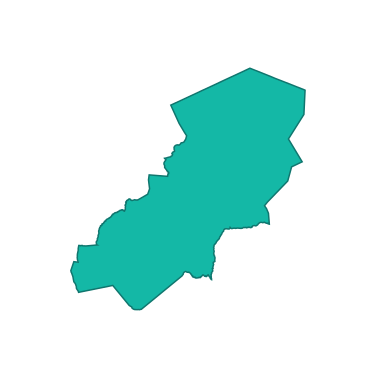 Rinconada, Jujuy, Argentina, rotated 155°
{"feature_id": "61730980B37720115941003", "entity_name": "Rinconada", "entity_type": "district", "adm_level": 2, "iso_a3": "ARG", "parent_name": "Argentina", "parent_adm1": "Jujuy", "projection": "mercator", "projection_center": [-66.377, -22.623], "detail": "fine", "context": "isolated", "style": "filled", "palette": "teal", "viewbox_px": 384, "rotation_deg": 155, "n_neighbors": 0, "source": "geoboundaries", "source_scale": "gbopen_adm2", "svg_char_len": 6125}
<svg xmlns="http://www.w3.org/2000/svg" viewBox="0 0 384 384"><g transform="rotate(155 192 192)"><path d="M174.5,279.7L174.7,259.6L173.6,248.9L173.1,245.3L175.2,242.7L178.2,240.7L179.5,240.7L180.9,241.1L181.7,240.9L182.1,240.5L183.4,240.0L183.9,240.0L184.3,240.1L184.5,240.5L185.0,240.8L185.7,240.9L186.3,241.2L187.5,241.1L188.5,240.8L189.5,239.9L189.8,239.0L190.2,238.1L190.2,237.5L190.6,236.3L191.9,236.2L192.2,236.1L192.7,236.2L193.1,235.6L193.6,235.7L193.9,235.5L194.0,235.1L194.0,234.6L193.8,234.2L194.3,233.6L194.9,233.3L195.3,233.2L195.9,233.3L196.4,232.9L196.8,232.9L197.8,233.3L198.9,233.4L199.2,233.4L199.6,233.6L201.1,233.7L201.9,234.0L202.7,234.2L202.7,233.9L202.4,233.5L201.9,233.1L201.9,232.6L201.9,232.4L203.0,231.6L204.0,231.1L205.1,230.2L205.4,229.6L205.7,228.7L205.6,227.4L205.9,226.9L206.5,225.6L206.4,225.3L206.1,224.8L206.1,224.1L205.7,222.5L205.8,222.0L205.4,221.4L205.4,221.1L205.6,220.8L205.2,220.4L205.1,220.0L204.9,219.9L204.9,219.5L205.0,219.2L205.4,219.1L205.3,218.9L205.4,218.5L205.7,218.3L206.2,218.3L206.9,217.6L207.3,217.1L207.2,216.8L207.5,216.5L223.6,225.6L226.3,221.4L229.1,212.8L233.1,208.7L244.7,207.7L245.2,208.1L245.9,208.2L246.4,208.5L247.1,209.2L249.6,209.5L250.0,209.8L250.4,209.9L250.8,210.3L250.8,211.0L251.1,211.7L251.5,212.1L252.3,212.3L252.6,212.1L253.4,212.0L253.8,211.6L254.3,211.9L254.8,211.8L255.4,211.3L255.7,210.8L255.9,210.6L256.2,210.9L256.4,210.7L256.2,209.9L256.6,209.5L256.9,209.4L257.1,209.0L257.9,208.6L258.2,208.3L258.3,208.0L258.1,207.6L258.2,207.3L259.1,206.0L259.4,205.1L259.9,204.3L260.2,204.1L260.6,204.0L261.1,203.3L261.3,203.2L261.4,203.3L261.7,203.6L261.7,204.1L261.8,204.3L262.2,204.3L262.4,204.7L262.4,205.2L263.0,205.3L263.3,205.6L263.7,205.6L264.0,205.4L264.9,205.8L265.3,205.6L266.0,205.4L266.7,205.6L267.1,205.3L267.6,205.5L268.3,205.1L269.1,205.5L269.3,205.5L269.5,205.4L269.8,205.3L270.3,205.7L270.9,205.7L271.3,205.5L271.7,205.5L272.4,205.2L272.7,205.4L272.9,205.3L273.4,205.3L273.5,204.9L274.1,204.9L274.7,204.6L274.8,204.3L275.4,204.1L275.7,203.8L276.3,203.8L276.7,203.5L277.4,203.6L278.1,203.2L278.6,203.5L279.3,203.2L280.3,203.3L281.1,203.2L282.0,202.8L282.6,202.1L283.0,202.4L283.6,202.4L283.8,202.1L284.1,202.0L284.3,201.7L284.8,201.6L285.4,201.0L286.4,201.1L286.8,200.7L287.3,200.9L287.6,200.2L288.0,199.8L288.4,199.8L288.8,200.1L289.1,200.1L289.7,199.2L290.6,198.9L291.2,198.1L291.8,197.7L292.1,197.0L293.1,196.1L293.5,195.0L293.6,194.5L293.8,193.9L294.5,193.3L294.9,192.7L295.4,192.5L295.8,191.2L296.2,191.0L296.4,190.6L297.5,189.8L297.6,189.2L298.0,188.8L298.3,188.2L298.7,187.9L299.4,187.7L299.8,187.3L300.3,186.3L300.3,185.7L300.7,185.0L300.7,184.5L300.4,184.1L310.9,187.9L312.8,188.9L313.7,189.3L314.2,190.1L315.7,190.3L316.0,190.8L317.2,191.4L318.8,189.2L319.4,188.2L319.4,187.7L321.8,184.6L322.6,183.3L323.1,182.1L323.7,181.2L324.5,178.8L324.5,178.2L324.9,176.5L328.5,178.8L335.0,172.0L335.4,170.4L335.3,169.9L335.7,165.6L336.4,163.1L337.0,160.6L336.8,159.4L336.6,158.9L336.5,158.3L336.7,155.6L337.5,153.3L337.2,151.3L337.0,150.9L337.2,149.0L303.3,140.8L296.9,115.8L296.1,114.5L295.2,113.3L295.4,112.4L295.4,112.1L294.9,111.1L294.4,110.4L293.8,109.8L291.5,108.6L290.0,108.0L289.3,107.5L288.9,107.4L288.2,107.4L287.5,107.1L236.4,120.2L235.7,120.7L234.9,121.0L234.6,121.3L234.4,121.7L233.8,122.3L232.6,122.7L231.6,122.7L231.2,122.6L230.4,121.4L229.7,121.0L229.4,120.9L229.3,120.7L228.9,120.7L228.7,120.7L227.6,118.6L227.7,117.7L227.4,117.0L227.4,116.6L227.3,115.6L227.1,115.8L226.9,115.8L226.8,115.6L226.8,114.8L226.6,114.3L226.2,113.7L226.0,113.8L225.4,113.6L225.3,113.4L225.1,113.2L225.2,112.8L225.1,112.6L224.2,112.1L223.6,112.0L222.9,111.6L222.6,111.6L222.3,111.8L221.5,111.3L221.0,111.3L221.0,111.1L220.8,111.0L220.4,111.4L220.3,111.1L219.9,111.3L219.4,111.3L217.5,112.2L217.1,112.2L216.9,112.1L216.6,111.7L216.2,110.4L215.4,109.9L215.1,109.5L214.9,109.5L214.8,109.9L214.6,109.7L214.5,109.3L214.3,109.3L214.0,109.4L213.4,109.9L212.6,110.1L212.3,110.0L212.2,109.4L212.2,108.5L212.0,107.7L211.6,107.4L211.4,107.1L211.8,106.7L211.9,106.3L211.5,104.5L211.3,104.3L210.9,105.3L211.1,105.7L211.0,106.0L210.5,106.6L210.5,107.2L210.4,107.4L210.1,107.6L209.8,109.0L209.4,109.1L209.1,109.6L208.6,109.9L208.5,110.6L206.7,111.5L206.4,112.4L206.2,112.5L206.0,114.0L205.6,114.2L205.3,114.0L205.1,114.0L205.0,115.1L204.2,115.8L204.1,116.2L203.8,116.3L203.0,117.2L202.9,118.5L202.7,118.9L202.2,119.3L200.8,119.3L200.5,119.5L200.4,120.2L199.9,121.0L199.7,121.6L199.3,122.0L198.9,122.8L198.8,123.9L198.6,124.4L198.8,124.7L198.8,125.3L198.7,126.0L198.4,126.2L198.2,127.5L197.4,128.3L197.1,128.7L196.8,129.7L196.8,130.3L196.7,130.7L195.9,131.7L195.8,132.8L195.2,133.2L194.7,134.2L194.3,134.6L193.5,134.9L193.2,135.2L192.7,135.2L191.8,135.7L191.4,136.0L191.1,136.5L190.8,136.5L190.3,136.8L189.9,137.1L189.6,137.1L188.9,137.5L188.6,137.5L188.3,137.7L187.6,137.9L187.3,138.2L187.0,138.2L186.8,138.6L186.4,138.8L186.1,139.3L185.6,139.7L185.2,139.7L184.4,140.5L183.9,140.6L183.7,141.0L182.8,141.3L182.3,141.9L181.5,142.6L180.0,143.1L179.2,144.2L178.7,144.5L178.1,144.5L177.6,144.7L177.2,144.4L176.7,144.4L175.4,143.5L174.9,143.4L174.5,143.0L174.2,142.8L173.6,142.8L173.1,143.0L172.4,143.8L172.3,143.5L172.2,142.9L171.7,142.2L170.8,141.8L170.3,141.8L169.3,141.5L168.5,141.1L167.9,140.6L166.0,140.1L162.8,138.2L162.3,138.2L161.9,138.0L161.4,137.9L160.4,138.1L159.9,137.9L159.6,137.6L158.4,137.3L158.0,136.7L157.7,136.5L157.4,136.6L157.1,136.4L156.9,136.6L156.0,136.1L155.2,136.2L154.5,135.3L153.7,134.8L153.4,134.9L153.1,134.8L152.7,134.8L152.6,135.1L152.3,134.9L152.1,135.0L151.6,135.5L150.8,135.6L149.5,135.2L148.9,134.6L148.4,134.3L147.8,134.3L147.2,134.5L146.6,134.4L145.2,135.2L143.5,135.6L142.4,135.4L141.6,135.0L140.9,134.3L140.3,134.2L140.1,134.2L139.8,134.0L139.4,134.1L139.3,133.9L139.0,133.8L138.8,133.4L138.3,133.1L138.1,132.5L137.3,132.0L136.3,131.6L136.2,131.2L136.4,130.9L135.5,130.2L131.7,140.4L131.5,145.6L131.9,147.6L132.1,148.9L127.9,151.0L100.6,161.5L91.1,172.7L79.4,172.8L82.2,199.3L57.8,215.0L46.5,236.5L47.1,237.2L63.5,254.5L68.6,259.8L71.3,262.8L87.2,279.7L174.5,279.7Z" fill="#14b8a6" stroke="#0f766e" stroke-width="1.5"/></g></svg>